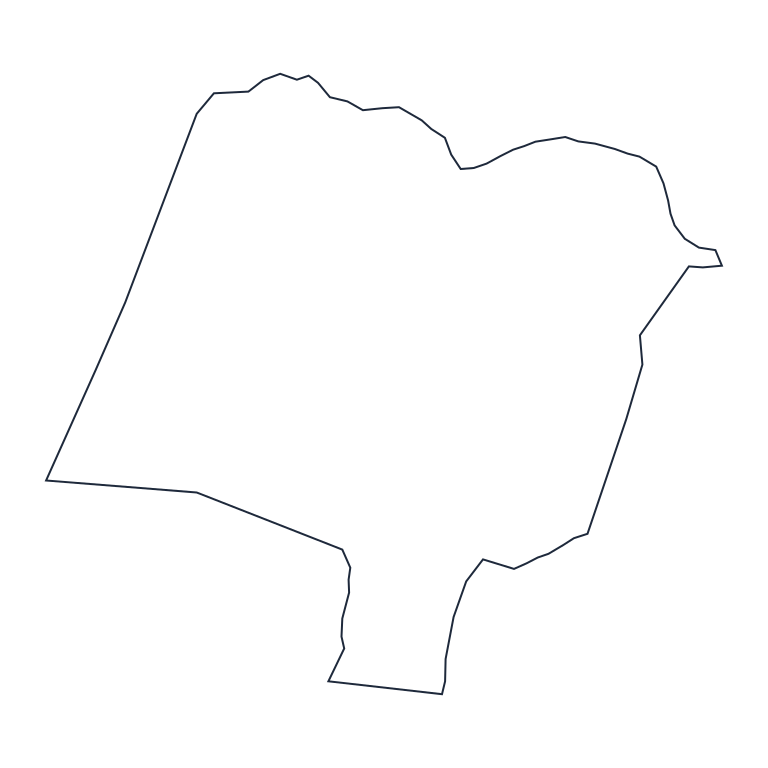 Jericó, Paraíba, Brazil (Mercator projection)
{"feature_id": "56859067B69960445467494", "entity_name": "Jericó", "entity_type": "district", "adm_level": 2, "iso_a3": "BRA", "parent_name": "Brazil", "parent_adm1": "Paraíba", "projection": "mercator", "projection_center": [-37.799, -6.517], "detail": "fine", "context": "isolated", "style": "outline", "palette": "slate", "viewbox_px": 768, "rotation_deg": 0, "n_neighbors": 0, "source": "geoboundaries", "source_scale": "gbopen_adm2", "svg_char_len": 980}
<svg xmlns="http://www.w3.org/2000/svg" viewBox="0 0 768 768"><path d="M46.1,480.5L196.7,492.5L306.9,535.7L342.3,549.6L350.3,567.7L348.6,579.7L349.1,592.6L342.3,618.5L341.5,636.6L344.2,648.5L328.4,681.3L442.0,694.2L445.1,681.3L445.6,659.0L453.6,617.0L466.2,581.4L483.0,559.4L514.0,568.9L526.6,563.3L537.8,557.5L548.5,553.8L563.3,545.0L573.9,538.2L587.5,533.8L626.3,419.0L642.4,364.6L639.9,335.3L688.9,266.4L702.8,267.4L721.9,265.7L715.4,250.1L698.9,247.6L684.8,238.8L674.6,225.4L670.5,213.7L668.1,200.5L663.5,183.4L656.2,166.6L639.4,156.6L627.6,153.6L614.9,149.0L595.0,143.6L578.3,141.4L565.2,137.0L551.6,139.2L535.4,141.7L524.2,146.1L513.1,149.7L500.4,156.1L486.6,163.6L473.8,168.0L460.7,169.0L451.2,154.6L444.9,137.8L431.3,129.0L421.8,120.4L399.0,107.2L382.3,108.2L362.9,110.2L347.4,101.4L329.9,97.2L318.0,82.8L308.6,75.7L296.9,79.7L280.2,73.8L263.2,80.1L248.4,91.6L213.9,93.3L196.7,113.8L125.2,302.5L95.8,369.7L46.1,480.5Z" fill="none" stroke="#1e293b" stroke-width="2"/></svg>